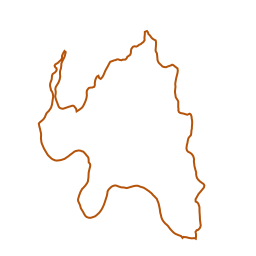 Bujaru, Pará, Brazil (Equal Earth projection), rotated 190°
{"feature_id": "56859067B12305552092310", "entity_name": "Bujaru", "entity_type": "district", "adm_level": 2, "iso_a3": "BRA", "parent_name": "Brazil", "parent_adm1": "Pará", "projection": "equal_earth", "projection_center": [-48.062, -1.65], "detail": "fine", "context": "isolated", "style": "outline", "palette": "amber", "viewbox_px": 256, "rotation_deg": 190, "n_neighbors": 0, "source": "geoboundaries", "source_scale": "gbopen_adm2", "svg_char_len": 4524}
<svg xmlns="http://www.w3.org/2000/svg" viewBox="0 0 256 256"><g transform="rotate(190 128 128)"><path d="M128.1,225.6L127.8,223.8L127.6,221.9L127.5,219.8L126.9,217.4L127.8,215.3L129.2,213.9L130.0,212.8L131.6,211.8L132.9,210.3L134.0,209.6L135.7,209.6L137.2,208.9L138.4,206.6L138.5,204.3L138.2,202.4L138.5,200.6L139.8,199.1L141.0,198.1L141.4,196.5L142.4,195.0L143.9,194.6L145.1,194.4L146.1,193.6L148.1,193.6L149.5,193.9L150.8,193.6L152.1,192.7L153.4,192.2L155.6,190.9L157.0,190.1L157.7,188.2L158.8,184.7L159.7,182.3L160.4,179.9L161.3,175.9L162.1,173.6L163.4,171.6L165.1,172.3L166.2,174.3L167.3,173.5L168.0,172.0L168.4,170.3L168.6,168.4L168.5,166.3L168.1,164.7L168.4,162.7L170.4,161.6L172.3,161.2L173.6,160.5L174.7,158.5L175.0,156.8L174.7,155.1L174.2,153.0L174.1,150.3L174.4,147.8L174.9,145.5L175.5,143.3L176.1,141.5L176.7,140.3L177.7,139.0L179.2,137.5L180.5,136.3L181.5,135.4L182.5,138.0L184.1,139.4L185.4,140.4L186.7,140.3L188.4,139.4L190.2,138.5L191.6,137.7L192.7,137.1L195.2,135.7L196.7,135.6L198.1,135.8L199.3,136.3L200.5,137.8L201.9,140.3L203.5,142.9L204.6,145.0L205.2,146.9L205.2,149.5L205.5,151.3L206.3,153.5L206.3,155.6L205.7,157.3L205.0,159.0L204.2,161.2L203.7,164.0L203.7,167.1L204.3,169.2L204.8,171.9L204.4,175.3L204.5,177.7L204.8,179.8L204.4,181.9L203.3,185.5L202.9,187.0L202.7,188.6L202.5,191.9L203.9,192.8L204.7,190.8L205.5,187.7L205.2,185.6L205.5,184.0L206.5,182.5L207.6,181.1L208.4,179.9L209.4,179.1L210.6,178.0L211.1,176.5L210.1,175.1L208.9,174.5L208.3,173.0L208.7,171.5L209.5,170.1L211.6,168.0L211.9,166.3L211.6,162.7L212.3,158.7L212.3,157.1L211.8,155.2L211.1,153.7L210.3,151.7L209.1,150.6L207.9,148.5L207.1,145.8L207.1,143.3L207.0,140.8L206.9,138.1L207.3,134.7L208.9,131.1L210.1,129.5L210.9,128.1L211.3,126.3L211.8,124.1L212.8,121.9L214.2,120.1L215.8,118.3L216.6,117.0L216.0,115.2L215.2,113.3L214.5,111.9L213.8,110.1L213.1,108.5L212.4,106.4L212.0,102.9L210.8,99.0L210.1,97.6L207.2,93.2L203.0,88.3L201.9,87.2L198.2,84.7L196.8,84.1L194.3,83.5L192.7,83.5L189.2,84.5L187.7,85.2L185.1,86.6L184.0,87.7L181.9,89.7L179.7,92.2L178.7,93.2L177.1,95.0L175.8,96.1L172.8,97.3L170.7,97.4L169.5,97.1L168.0,97.0L165.4,95.1L164.4,94.1L163.2,93.2L162.1,92.2L161.4,90.6L160.7,87.3L159.4,86.3L158.7,85.0L158.6,83.1L158.8,81.3L159.0,77.4L158.5,73.5L158.3,71.8L158.3,70.1L158.2,68.5L158.7,66.7L159.9,64.1L161.5,61.5L162.5,60.2L163.7,56.8L164.4,53.0L164.6,51.1L164.8,49.2L164.5,47.6L161.8,43.6L160.5,40.8L159.4,39.5L158.3,38.3L157.4,37.3L156.5,36.0L155.6,35.0L154.4,33.8L153.3,33.2L151.0,32.8L149.2,33.1L147.7,33.8L145.2,35.2L143.8,36.7L141.6,39.6L140.5,41.7L139.8,43.3L139.2,45.2L138.5,47.7L138.1,50.0L137.1,57.0L137.0,59.6L137.1,62.1L136.4,64.0L135.4,65.5L134.3,67.0L133.2,68.0L132.0,68.7L130.7,69.2L129.0,69.2L127.9,68.9L124.7,68.4L123.3,68.5L121.6,68.7L118.9,68.6L116.9,69.5L115.6,70.2L112.0,71.9L109.9,72.6L108.1,72.8L106.5,72.5L104.9,72.2L103.5,72.1L102.2,71.9L100.6,71.3L97.0,69.7L95.8,69.1L94.7,68.4L93.6,67.9L91.3,66.0L90.1,65.3L88.6,64.1L87.4,63.3L86.2,61.3L85.1,59.6L84.3,57.9L83.3,55.4L82.4,53.1L82.0,51.6L81.4,49.9L80.3,47.6L79.6,45.8L78.7,44.3L77.6,42.9L76.2,41.6L74.7,40.4L72.0,38.8L70.2,37.1L68.7,35.7L66.2,33.8L64.8,32.9L63.4,32.2L62.2,31.8L61.0,31.6L59.9,31.3L57.0,30.8L55.2,29.2L54.5,30.4L52.9,30.4L51.6,30.6L49.0,30.3L46.1,30.4L43.3,31.1L42.0,30.7L42.2,33.1L42.6,35.3L43.5,37.4L42.5,39.4L41.2,39.9L39.8,42.1L39.4,44.4L39.9,46.0L41.3,50.5L41.8,53.0L42.9,57.4L44.0,62.8L44.8,64.2L45.7,65.8L47.1,66.9L48.6,67.3L49.1,69.5L47.1,75.2L45.0,78.8L42.9,82.6L42.8,84.8L44.0,86.1L45.9,86.9L47.9,87.9L49.7,89.2L50.8,90.1L51.9,91.7L52.9,94.3L53.1,96.0L54.2,98.2L55.1,100.2L55.8,101.6L57.4,106.9L57.5,108.7L58.3,110.5L59.0,111.8L60.9,113.6L62.6,114.4L64.8,115.1L66.0,116.1L66.9,118.0L67.1,121.2L66.9,123.2L66.9,126.1L66.7,128.6L65.9,130.1L64.8,131.9L64.8,133.9L65.1,136.6L65.0,138.6L65.3,140.2L65.4,141.9L65.8,144.9L66.3,146.9L67.0,148.7L67.4,150.3L68.5,152.2L69.7,152.8L71.9,151.4L73.7,151.5L75.5,151.8L79.1,151.9L80.5,152.5L81.5,154.1L81.6,155.7L82.2,157.4L82.8,161.2L83.2,163.0L84.2,164.3L85.2,165.3L86.3,166.6L88.0,171.6L88.2,173.3L88.4,176.9L89.1,179.4L89.2,181.1L89.2,183.9L89.2,185.4L88.8,190.6L88.9,193.1L89.6,195.3L91.4,196.2L92.9,197.0L94.1,197.7L95.5,198.0L96.6,197.1L99.7,195.4L101.0,194.5L103.2,194.3L104.8,194.6L106.4,195.8L108.6,197.2L109.8,198.5L110.7,200.0L111.8,204.2L112.6,206.7L113.6,207.8L114.3,209.1L114.5,211.0L114.9,215.3L115.3,217.2L115.9,219.0L118.7,219.9L120.4,220.9L121.4,221.9L122.9,223.3L124.2,224.1L125.0,225.7L126.2,226.8L128.1,225.6Z" fill="none" stroke="#b45309" stroke-width="2"/></g></svg>